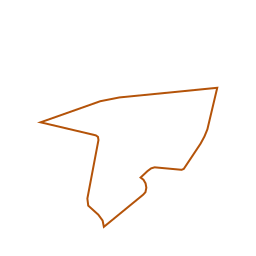 SVG path tracing the border of Quirino, rotated 222°
{"feature_id": "PHL-2554", "entity_name": "Quirino", "entity_type": "Province", "adm_level": 1, "iso_a3": "PHL", "parent_name": "Philippines", "parent_adm1": "", "projection": "equal_earth", "projection_center": [121.517, 16.288], "detail": "fine", "context": "isolated", "style": "outline", "palette": "amber", "viewbox_px": 256, "rotation_deg": 222, "n_neighbors": 0, "source": "natural_earth", "source_scale": "10m", "svg_char_len": 468}
<svg xmlns="http://www.w3.org/2000/svg" viewBox="0 0 256 256"><g transform="rotate(222 128 128)"><path d="M196.8,73.7L166.5,129.4L154.8,145.0L88.6,217.6L68.1,180.1L65.5,172.8L63.6,164.9L59.2,134.9L60.2,132.8L81.9,116.6L83.8,113.5L84.7,109.0L85.5,99.6L81.9,99.9L77.9,98.6L74.4,95.9L72.1,92.0L72.1,88.7L79.8,38.4L84.9,42.2L92.0,43.7L96.0,43.7L105.6,43.7L111.0,48.4L141.9,99.3L144.4,101.3L147.0,101.0L196.8,73.7Z" fill="none" stroke="#b45309" stroke-width="2"/></g></svg>